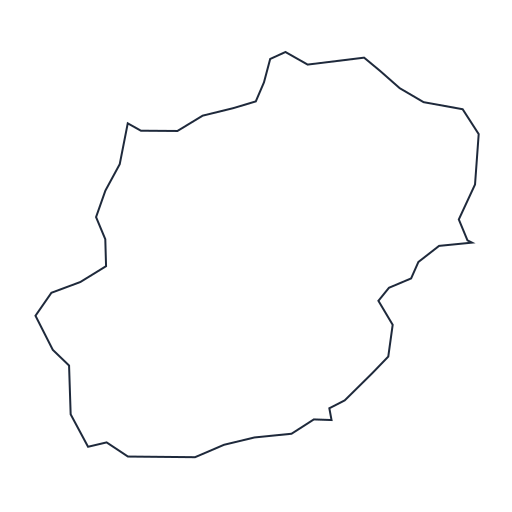 Skinnskatteberg, Västmanland, Sweden (Mercator projection), rotated 92°
{"feature_id": "70781695B12351867111175", "entity_name": "Skinnskatteberg", "entity_type": "district", "adm_level": 2, "iso_a3": "SWE", "parent_name": "Sweden", "parent_adm1": "Västmanland", "projection": "mercator", "projection_center": [15.738, 59.815], "detail": "fine", "context": "isolated", "style": "outline", "palette": "slate", "viewbox_px": 512, "rotation_deg": 92, "n_neighbors": 0, "source": "geoboundaries", "source_scale": "gbopen_adm2", "svg_char_len": 771}
<svg xmlns="http://www.w3.org/2000/svg" viewBox="0 0 512 512"><g transform="rotate(92 256 256)"><path d="M54.0,154.9L62.9,211.1L51.1,233.7L58.6,248.7L82.2,254.1L101.5,261.6L109.1,284.1L117.6,314.2L133.8,338.9L134.8,375.4L127.9,388.8L169.0,395.4L195.9,408.8L222.7,417.2L244.5,407.2L271.4,405.5L288.1,430.6L299.9,459.2L323.4,474.3L356.9,455.8L372.0,439.0L420.7,435.7L452.5,417.2L452.3,416.4L447.5,398.8L460.9,377.0L459.2,309.9L445.8,281.4L437.4,251.2L432.4,214.3L417.3,192.5L417.3,174.8L405.6,177.4L397.2,162.3L368.7,135.4L351.9,120.3L320.0,117.0L296.5,132.1L283.1,122.0L273.0,100.2L256.3,93.5L239.5,73.4L235.1,40.6L233.0,45.2L212.4,54.6L176.9,39.6L126.4,37.7L102.1,54.6L96.4,93.9L83.3,118.2L66.5,138.7L54.0,154.9Z" fill="none" stroke="#1e293b" stroke-width="2"/></g></svg>